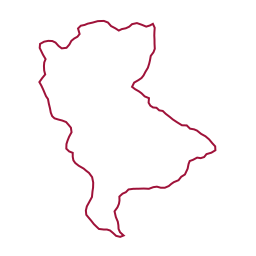 Angelândia, Minas Gerais, Brazil (orthographic projection), rotated 177°
{"feature_id": "56859067B14404112406063", "entity_name": "Angelândia", "entity_type": "district", "adm_level": 2, "iso_a3": "BRA", "parent_name": "Brazil", "parent_adm1": "Minas Gerais", "projection": "orthographic", "projection_center": [-42.284, -17.692], "detail": "fine", "context": "isolated", "style": "outline", "palette": "rose", "viewbox_px": 256, "rotation_deg": 177, "n_neighbors": 0, "source": "geoboundaries", "source_scale": "gbopen_adm2", "svg_char_len": 2136}
<svg xmlns="http://www.w3.org/2000/svg" viewBox="0 0 256 256"><g transform="rotate(177 128 128)"><path d="M157.9,235.1L162.8,234.3L165.9,233.2L169.8,232.6L172.7,230.0L171.4,224.4L173.7,221.8L177.0,220.2L180.0,218.0L182.2,214.4L185.2,211.3L190.0,211.0L193.0,213.5L195.9,217.1L199.0,218.8L203.1,219.2L207.2,218.6L211.4,216.6L212.0,212.6L210.7,209.5L209.1,205.7L206.7,201.1L208.2,197.9L208.7,194.3L208.7,189.8L207.9,185.8L211.0,182.4L214.1,178.5L212.2,174.6L210.7,170.9L209.4,167.3L208.2,164.0L206.4,161.1L205.8,156.5L204.9,151.8L204.3,147.4L203.1,143.8L200.9,141.5L197.1,140.1L193.3,138.9L189.5,137.2L187.3,134.4L185.0,131.3L184.6,126.7L187.3,122.3L189.0,118.6L190.3,115.2L190.7,110.6L188.0,107.7L184.5,106.1L184.7,102.1L184.2,98.5L182.5,95.8L179.2,92.9L174.4,89.8L172.0,87.5L169.3,85.2L166.4,80.8L165.6,75.3L166.0,70.4L166.8,66.4L167.6,61.0L170.9,55.6L173.2,51.9L174.4,47.8L174.2,43.5L172.2,40.8L169.7,37.5L167.1,33.8L164.8,31.3L162.3,28.7L157.6,27.9L154.3,27.7L151.3,26.6L148.4,23.9L145.5,20.9L141.5,19.7L138.0,20.9L141.4,24.3L142.7,27.7L142.7,31.4L143.1,35.0L144.8,39.7L145.8,45.5L142.7,49.3L141.0,52.8L140.3,56.0L140.2,60.0L136.9,62.7L133.5,64.0L130.7,66.6L125.9,67.0L120.3,66.8L115.3,66.7L110.3,66.2L105.8,67.6L102.2,67.9L98.3,66.6L94.4,66.4L90.3,67.9L87.7,69.9L85.1,71.5L80.3,73.2L77.4,76.5L73.6,78.6L70.6,84.2L69.4,88.9L68.1,91.8L64.8,92.8L60.5,94.8L57.0,94.1L53.5,95.0L51.0,97.8L46.0,99.0L41.9,101.2L41.9,105.1L44.7,108.5L47.6,112.4L51.1,115.7L55.3,118.3L59.2,121.8L62.1,123.2L66.1,124.1L69.2,127.5L74.0,127.9L78.6,131.1L82.8,134.2L85.6,136.8L89.6,140.2L92.4,143.2L95.9,144.0L98.5,146.7L101.9,147.2L104.5,149.1L106.1,152.2L105.5,156.7L109.7,158.7L112.7,162.0L115.3,164.1L118.9,166.4L121.8,168.9L119.5,173.0L115.0,175.3L111.9,177.2L109.7,179.7L107.7,183.1L105.0,187.1L103.5,191.1L102.5,194.5L101.5,198.8L98.6,202.3L97.1,205.7L97.1,210.6L96.9,215.3L96.9,219.0L96.6,222.5L96.1,226.7L97.7,230.7L100.9,229.2L104.5,228.3L108.9,230.4L113.6,232.3L118.5,231.5L121.5,229.1L125.0,227.7L129.0,227.1L132.1,225.8L135.4,228.2L139.6,230.7L142.5,234.4L146.5,236.2L152.6,236.3L157.9,235.1Z" fill="none" stroke="#9f1239" stroke-width="2"/></g></svg>